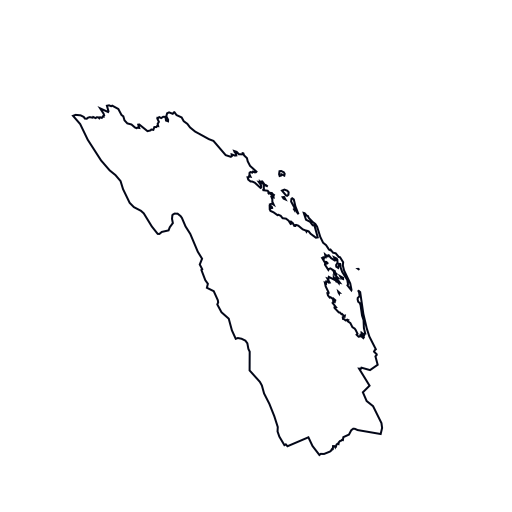 the district of Eyja- og Miklaholtshreppur, Vesturland, Iceland, rotated 237°
{"feature_id": "244011B92076156941754", "entity_name": "Eyja- og Miklaholtshreppur", "entity_type": "district", "adm_level": 2, "iso_a3": "ISL", "parent_name": "Iceland", "parent_adm1": "Vesturland", "projection": "natural_earth1", "projection_center": [-22.557, 64.849], "detail": "fine", "context": "isolated", "style": "outline", "palette": "ink", "viewbox_px": 512, "rotation_deg": 237, "n_neighbors": 0, "source": "geoboundaries", "source_scale": "gbopen_adm2", "svg_char_len": 6130}
<svg xmlns="http://www.w3.org/2000/svg" viewBox="0 0 512 512"><g transform="rotate(237 256 256)"><path d="M473.2,178.9L462.4,180.4L445.2,178.2L420.5,178.1L407.5,179.9L400.4,182.2L392.6,183.2L384.5,180.9L369.4,179.0L363.5,180.2L356.6,184.1L352.9,185.1L337.5,184.7L328.1,185.6L327.1,187.0L327.5,190.1L325.1,196.6L327.1,199.4L328.9,204.2L332.9,205.8L335.8,208.1L336.0,208.9L335.9,210.8L334.2,213.3L330.5,214.5L328.3,214.6L319.2,213.0L310.3,212.9L291.3,209.5L283.1,209.3L279.5,204.2L274.2,203.7L274.0,202.6L263.3,200.3L258.9,200.5L256.1,197.5L249.5,201.4L239.7,199.9L237.7,199.0L236.5,197.2L235.9,197.1L227.6,196.4L218.3,199.0L206.8,195.3L197.6,193.9L197.1,196.1L194.5,198.8L190.8,201.0L187.5,201.2L182.2,199.0L179.2,198.6L163.5,188.3L148.3,190.7L144.2,190.4L136.3,187.9L124.8,186.7L111.7,184.1L100.7,181.1L97.1,178.5L91.8,177.2L81.9,176.8L81.8,178.4L79.3,178.8L75.4,201.2L65.9,199.9L54.6,200.8L54.8,202.5L52.9,205.3L51.7,211.5L51.9,213.3L52.4,213.8L52.2,214.6L52.7,214.9L52.4,215.4L54.6,217.1L53.8,218.3L52.7,218.3L53.0,218.6L52.5,219.1L54.0,220.9L54.1,222.4L53.4,222.8L54.6,223.9L55.1,225.7L54.7,227.1L55.0,227.9L54.3,228.6L56.5,230.6L55.6,236.7L58.0,241.0L58.2,243.5L57.2,244.8L54.7,246.4L38.8,263.6L43.1,268.1L47.5,270.2L66.3,272.4L74.1,269.8L83.5,271.4L85.4,280.6L105.4,281.1L104.3,282.6L104.9,283.6L98.2,289.5L98.5,298.8L106.8,301.5L107.2,303.2L107.8,303.7L111.5,302.9L112.3,304.2L112.5,305.7L126.7,307.2L135.1,309.5L149.0,314.5L169.0,323.7L171.6,322.9L169.2,322.6L165.9,321.0L165.4,318.5L164.3,317.6L162.0,316.8L160.0,317.4L157.8,316.9L148.3,312.5L143.7,311.3L136.7,307.2L131.5,305.4L131.8,304.9L130.9,303.9L134.2,302.7L133.2,302.0L129.1,302.2L128.7,301.3L132.6,300.2L131.9,299.4L132.4,298.1L135.2,297.5L135.5,298.8L139.8,299.3L141.4,299.2L143.8,298.1L148.4,298.6L151.2,297.4L152.2,297.5L152.2,298.3L152.9,297.9L153.1,296.1L155.3,295.3L155.8,294.7L157.4,295.4L157.5,296.9L156.8,297.2L157.6,298.0L157.9,297.1L160.5,296.6L160.6,296.0L162.9,295.6L163.6,294.7L169.6,293.6L170.1,293.8L169.5,295.2L174.7,294.7L174.6,295.3L176.0,296.1L174.9,296.9L176.0,297.3L175.4,298.1L175.7,298.4L178.1,297.7L177.8,297.3L178.2,297.0L180.8,296.1L180.9,295.2L183.7,294.9L185.9,295.6L185.3,296.6L185.8,297.0L192.6,297.9L196.0,299.2L194.8,299.8L196.5,301.0L196.0,301.8L193.9,302.6L193.6,303.3L198.2,303.6L197.3,304.3L198.8,305.7L193.9,308.5L195.7,309.6L190.9,309.5L191.0,310.2L188.2,310.6L188.8,311.0L187.9,311.8L191.5,311.6L193.6,310.2L194.5,311.7L193.3,312.7L198.4,311.8L199.0,312.1L196.1,313.9L200.9,312.9L200.0,313.7L200.3,313.9L205.1,311.6L205.4,310.1L204.9,309.1L211.2,309.1L212.4,310.1L211.0,311.2L211.1,312.1L212.7,311.8L213.9,310.2L218.3,310.4L218.1,311.2L216.0,311.1L218.1,312.0L216.9,313.7L219.6,314.8L216.9,315.6L216.6,315.9L217.3,316.8L217.1,317.4L213.4,317.8L209.3,319.6L209.1,320.4L212.3,320.8L210.0,322.2L208.6,322.2L205.8,320.6L204.8,318.3L203.3,317.5L201.3,318.4L204.1,321.5L203.4,322.3L200.0,320.6L195.6,319.6L186.2,319.5L182.2,317.8L181.6,316.7L175.3,317.3L175.5,317.6L181.7,320.1L196.0,322.0L200.8,323.7L203.3,325.7L209.2,325.8L210.1,324.9L214.9,324.3L216.8,322.4L220.6,322.0L220.4,321.4L221.6,320.7L226.9,320.7L230.6,319.5L237.0,320.3L247.3,323.2L250.6,323.2L253.5,322.1L259.2,321.0L261.3,321.3L262.0,320.6L265.4,320.1L266.1,319.5L259.2,317.7L255.2,320.0L251.7,320.2L250.6,320.5L250.4,321.3L249.3,321.5L238.0,317.9L238.7,316.2L244.9,313.9L248.0,313.6L249.4,312.5L248.9,311.6L250.1,311.7L252.9,309.7L258.4,308.0L260.2,306.6L260.5,305.9L259.8,305.3L260.4,304.5L263.4,304.8L266.7,303.8L263.8,303.7L264.0,302.5L267.8,302.6L271.0,301.5L273.2,298.9L276.3,298.6L278.4,297.2L278.5,296.3L283.1,294.5L285.9,292.7L287.6,292.9L289.7,294.2L287.9,294.7L287.5,295.7L288.1,296.0L290.6,295.5L291.7,295.8L291.3,297.9L289.4,298.8L292.7,299.3L294.5,300.5L296.9,301.1L295.4,302.6L296.9,303.3L297.4,304.3L298.7,303.8L297.5,303.2L297.8,302.5L299.8,302.2L299.7,303.5L300.2,303.6L301.4,302.1L301.3,300.8L302.2,300.7L302.7,301.5L304.4,301.3L307.2,298.0L307.7,298.2L307.8,299.1L310.6,300.6L310.1,302.4L307.9,303.7L310.3,302.8L310.6,302.1L315.1,301.9L315.7,300.8L314.1,300.6L315.2,300.1L315.2,299.4L316.2,299.4L315.7,299.0L316.1,298.7L312.7,298.8L310.6,297.6L310.6,296.9L318.2,294.9L320.5,293.4L321.5,292.0L324.3,291.1L326.6,291.8L326.0,292.8L326.7,293.6L325.6,294.6L328.2,295.0L329.4,296.1L329.3,297.3L328.0,298.2L328.5,299.3L326.7,300.6L326.3,301.6L326.5,302.3L334.8,300.1L339.9,300.6L343.0,301.7L346.9,300.8L349.0,301.3L349.5,300.8L348.6,300.1L350.6,297.1L353.9,296.5L355.9,294.9L354.7,294.7L352.6,295.6L352.8,294.7L351.1,294.2L351.7,293.0L354.5,290.9L352.9,290.1L352.9,288.9L357.1,285.5L375.7,283.0L379.7,280.1L393.5,272.7L399.8,270.7L404.2,270.4L408.4,268.8L412.7,269.1L417.5,266.1L421.0,265.9L421.2,265.3L420.6,263.6L423.8,261.3L424.1,259.2L422.1,256.9L418.1,256.5L416.9,255.6L418.6,254.3L421.0,255.4L422.3,255.4L423.3,254.0L423.3,251.6L425.2,250.5L425.0,249.4L425.6,248.6L425.1,248.1L421.4,247.6L420.4,245.5L418.2,244.7L418.9,243.9L418.4,242.7L419.5,241.0L417.7,238.6L419.1,237.1L418.8,235.9L419.8,233.0L429.9,229.7L430.3,228.8L427.0,227.8L428.3,226.4L428.2,225.5L429.6,224.5L434.1,223.2L437.3,220.3L441.4,219.6L445.4,220.8L447.5,220.0L454.3,220.6L460.4,217.3L460.5,216.1L462.4,214.8L463.2,212.8L457.7,211.1L457.3,210.4L464.7,205.7L458.3,205.7L456.6,205.2L456.6,204.3L455.9,204.0L456.4,203.4L455.8,201.9L457.3,200.8L456.8,199.6L458.2,199.2L459.1,198.0L459.0,196.6L461.3,195.1L461.0,194.3L463.0,192.2L463.5,190.4L463.3,188.8L464.5,187.3L466.4,187.3L469.5,185.5L472.6,181.6L473.2,178.9ZM282.5,315.1L270.5,314.2L267.9,314.4L276.2,316.1L282.8,318.5L284.7,317.8L284.6,316.8L282.5,315.1ZM296.7,313.4L290.3,314.2L289.5,314.9L289.7,316.5L291.7,318.1L293.7,317.8L296.2,316.0L296.7,313.4ZM311.1,324.9L313.6,323.4L314.3,321.9L312.0,319.9L310.2,319.4L309.8,320.9L310.7,321.8L308.0,323.5L309.3,324.8L311.1,324.9ZM190.2,317.1L193.1,315.6L190.7,315.4L189.3,316.5L190.2,317.1ZM290.8,310.4L289.1,310.4L287.4,311.5L290.2,311.7L290.8,310.4ZM181.2,305.6L180.3,305.3L179.4,305.3L179.9,305.7L179.7,306.0L181.2,305.6ZM188.1,335.2L189.5,334.8L189.6,334.6L188.1,335.2ZM274.4,313.5L275.5,313.3L274.1,313.3L274.4,313.5Z" fill="none" stroke="#020617" stroke-width="2"/></g></svg>